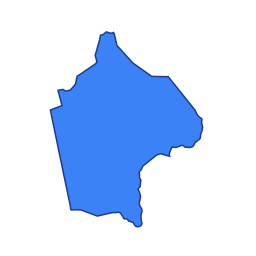 Ribeira do Pombal, Bahia, Brazil, rotated 167°
{"feature_id": "56859067B15668826458342", "entity_name": "Ribeira do Pombal", "entity_type": "district", "adm_level": 2, "iso_a3": "BRA", "parent_name": "Brazil", "parent_adm1": "Bahia", "projection": "natural_earth1", "projection_center": [-38.58, -10.794], "detail": "fine", "context": "isolated", "style": "filled", "palette": "blue", "viewbox_px": 256, "rotation_deg": 167, "n_neighbors": 0, "source": "geoboundaries", "source_scale": "gbopen_adm2", "svg_char_len": 2115}
<svg xmlns="http://www.w3.org/2000/svg" viewBox="0 0 256 256"><g transform="rotate(167 128 128)"><path d="M69.2,95.3L67.8,96.4L66.7,97.9L65.5,99.1L64.1,99.5L62.6,100.3L61.2,100.7L60.1,101.6L59.3,103.2L59.0,104.6L58.4,105.8L57.5,107.2L56.7,108.2L56.0,109.9L55.1,112.0L55.1,113.7L55.1,116.0L54.9,117.8L54.0,119.2L54.2,120.8L55.1,121.5L56.3,123.1L57.5,125.1L58.0,127.4L58.6,130.1L62.2,137.6L77.3,169.0L85.6,171.0L93.3,173.0L108.8,190.4L110.5,193.5L112.4,196.9L114.4,200.5L120.2,210.9L120.2,220.8L120.2,222.5L120.7,224.4L122.0,224.0L123.2,224.2L124.2,224.6L125.2,225.2L126.7,226.1L127.8,226.5L129.1,225.7L130.7,224.9L132.3,224.6L133.9,224.7L135.7,220.6L139.4,213.8L140.0,212.7L143.7,206.1L143.5,202.9L143.4,201.3L143.7,198.9L145.1,198.0L146.9,197.1L148.2,196.6L153.8,194.5L159.4,192.3L165.9,189.9L168.4,184.5L169.5,182.3L175.7,177.9L180.3,177.9L182.6,180.2L187.7,180.5L187.5,172.0L187.4,170.8L187.3,164.7L191.7,164.1L199.6,163.0L200.3,132.3L200.5,124.9L200.6,119.2L201.0,101.0L201.1,97.4L201.2,91.4L201.5,76.5L201.7,67.2L201.8,64.3L202.0,62.8L202.0,61.0L195.2,59.6L192.0,58.6L177.7,49.1L175.6,49.1L174.0,49.1L162.2,49.1L160.9,48.7L159.6,48.5L158.5,48.2L157.2,48.3L156.2,48.0L155.0,47.4L154.2,46.2L153.7,44.6L152.8,42.2L152.4,40.7L151.4,40.1L150.2,40.0L148.9,39.0L148.5,37.3L147.1,36.6L145.6,35.6L144.1,34.6L143.7,32.9L143.2,31.6L142.5,30.4L140.9,29.5L139.7,29.6L138.2,29.6L137.1,30.2L135.9,31.5L135.8,33.4L135.9,34.8L135.7,36.6L135.4,37.8L135.2,39.4L134.6,40.6L134.1,41.8L133.4,43.0L132.9,44.4L132.9,46.1L133.6,48.2L134.0,50.2L134.0,51.8L133.7,53.0L132.8,54.6L132.1,56.1L131.5,57.6L131.1,59.4L131.2,61.2L131.4,63.5L131.7,65.1L132.0,66.3L130.8,67.3L129.4,68.1L129.0,69.5L128.3,70.8L128.3,72.3L127.4,73.3L127.3,74.9L128.0,76.6L127.8,78.3L127.2,80.1L127.2,81.7L126.4,83.2L124.5,84.4L123.1,86.2L122.0,87.6L106.5,95.1L105.2,95.3L102.1,95.7L93.8,91.1L93.7,92.6L93.4,93.9L92.3,95.7L91.3,97.1L90.4,98.4L89.3,99.4L87.9,99.1L86.6,98.5L84.7,98.3L83.4,98.5L81.9,98.8L79.9,99.0L78.7,98.7L77.7,97.9L77.0,96.7L75.9,96.3L74.3,95.9L73.2,95.3L72.2,95.1L70.6,95.2L69.2,95.3Z" fill="#3b82f6" stroke="#1e3a8a" stroke-width="1.5"/></g></svg>